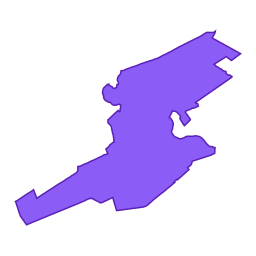 the district of Gradinari, Giurgiu, Romania
{"feature_id": "2599482B26302883103765", "entity_name": "Gradinari", "entity_type": "district", "adm_level": 2, "iso_a3": "ROU", "parent_name": "Romania", "parent_adm1": "Giurgiu", "projection": "albers", "projection_center": [25.804, 44.394], "detail": "fine", "context": "isolated", "style": "filled", "palette": "violet", "viewbox_px": 256, "rotation_deg": 0, "n_neighbors": 0, "source": "geoboundaries", "source_scale": "gbopen_adm2", "svg_char_len": 5783}
<svg xmlns="http://www.w3.org/2000/svg" viewBox="0 0 256 256"><path d="M26.6,224.8L31.7,222.6L48.5,215.7L77.8,203.7L84.6,200.8L85.9,200.1L89.7,198.3L89.9,198.6L90.9,198.6L91.9,198.3L92.9,198.9L94.6,199.9L99.1,202.1L99.7,202.5L100.2,202.8L101.2,202.8L101.8,202.7L112.7,197.5L116.6,210.6L143.4,207.0L146.4,205.9L148.4,204.4L153.9,199.4L155.8,197.9L162.0,192.9L163.9,191.6L169.9,186.4L170.0,186.4L174.6,182.5L173.9,182.2L174.9,181.2L176.9,179.3L177.4,179.8L178.2,179.2L179.7,177.8L180.4,177.2L181.1,176.8L182.9,175.0L188.9,169.6L188.3,168.5L187.6,167.5L188.6,166.9L190.2,165.6L190.8,165.1L191.1,164.7L191.3,164.3L191.6,163.8L191.8,163.2L191.9,162.7L191.9,162.3L192.0,161.7L192.0,161.3L208.3,156.0L210.6,155.3L212.5,154.4L214.0,153.6L214.8,153.1L214.9,147.7L215.0,147.7L214.9,147.5L214.3,147.7L213.9,147.5L213.2,147.0L212.5,146.7L211.1,146.5L210.2,146.5L209.4,146.3L208.4,145.5L207.4,144.3L206.7,143.9L205.5,142.3L204.1,140.5L203.7,139.9L203.1,139.4L202.5,138.8L201.8,138.1L200.7,137.2L199.5,136.6L198.0,136.2L196.9,136.0L195.8,135.8L191.9,136.3L191.2,136.3L188.8,136.2L187.8,136.3L187.1,136.3L186.4,136.4L185.7,136.6L185.2,137.1L184.2,137.7L182.9,138.1L181.9,138.5L180.7,138.7L180.3,138.9L179.9,138.9L178.6,138.4L176.9,137.5L176.6,137.4L176.0,137.2L175.7,137.2L174.3,136.3L173.5,135.3L172.7,134.4L172.3,133.9L171.9,133.1L171.6,132.3L171.7,130.9L171.9,130.2L172.3,129.4L172.6,128.3L172.7,127.0L173.1,125.6L173.2,123.5L172.9,122.3L172.3,120.7L171.7,119.9L171.3,119.2L170.8,118.5L170.2,118.0L169.8,117.7L169.2,117.6L172.6,110.8L173.2,111.0L174.2,111.2L175.6,111.5L176.2,111.8L176.5,112.0L176.9,112.2L177.2,112.5L177.5,112.9L178.0,113.5L178.4,113.8L178.8,114.2L179.7,115.0L180.1,115.4L180.2,115.9L180.3,116.2L180.2,116.4L180.3,116.7L180.4,116.9L180.4,117.1L180.3,117.4L180.0,117.9L179.9,118.1L179.8,118.3L179.9,118.6L180.5,119.7L181.3,121.0L182.4,122.8L183.0,123.8L183.2,124.0L183.4,124.3L183.6,124.6L184.0,125.2L184.4,125.7L186.6,123.6L187.6,122.7L188.1,122.1L188.4,121.9L189.0,121.1L190.1,120.1L190.3,119.9L190.4,119.7L190.1,118.9L188.8,117.1L187.0,114.5L186.4,113.7L186.1,113.3L185.3,112.0L185.3,111.8L185.4,111.7L185.5,111.5L186.0,111.2L186.3,111.0L186.7,110.7L187.0,110.5L187.6,110.3L188.1,110.1L189.1,109.8L190.2,109.4L191.1,108.9L192.0,108.3L193.7,108.2L197.0,106.8L198.3,106.2L198.2,105.7L198.0,104.8L197.9,104.4L197.6,103.7L197.3,103.6L196.7,103.4L196.2,103.3L195.9,103.2L195.7,103.1L195.4,102.8L195.3,102.6L196.6,101.7L231.7,77.3L232.0,76.5L231.0,76.0L229.9,75.0L228.8,75.1L228.0,75.0L226.6,73.9L226.0,73.0L226.1,72.2L226.1,71.9L225.9,71.6L225.5,71.3L224.7,71.1L224.4,71.2L223.8,71.0L222.8,70.6L222.5,70.1L221.6,69.2L221.0,68.9L220.3,68.8L219.8,68.6L218.9,67.7L218.2,67.3L217.7,67.1L216.8,66.6L216.0,66.0L215.0,65.0L214.0,64.3L226.3,56.6L231.4,60.5L240.6,53.7L212.2,38.0L214.9,33.1L215.3,31.2L213.7,32.4L209.3,32.4L206.7,32.4L206.0,32.8L205.2,33.3L203.4,34.4L202.4,35.1L201.8,35.5L200.6,36.2L190.7,41.1L183.3,44.8L182.6,45.2L179.1,46.9L177.7,47.7L176.2,48.5L175.8,48.7L173.9,49.8L171.8,51.0L170.8,51.6L168.6,52.6L167.9,53.0L167.6,53.3L167.3,53.5L167.1,53.3L166.9,53.4L166.6,53.7L166.1,54.0L163.7,55.0L162.7,55.5L160.6,56.6L159.9,57.0L159.1,57.6L158.8,57.7L158.3,57.8L157.4,58.3L156.7,58.5L155.8,58.8L155.1,59.0L152.6,60.0L151.9,60.2L151.7,60.3L151.1,60.5L150.0,60.8L148.4,61.3L147.7,61.6L147.0,61.8L146.4,62.0L144.0,62.8L140.9,63.8L139.6,64.4L136.8,65.5L135.2,66.1L131.7,67.2L127.9,68.6L126.4,69.1L125.7,69.4L125.0,69.7L124.3,70.3L123.9,70.4L122.6,70.6L121.9,70.7L121.1,70.7L120.7,72.7L120.4,74.2L119.0,75.4L117.6,77.7L117.3,80.1L118.1,81.8L118.4,82.4L118.3,84.5L117.0,84.6L116.6,86.5L116.5,87.6L115.7,87.8L114.8,88.2L113.6,88.5L113.4,88.5L113.1,88.2L112.7,87.5L112.2,86.9L111.5,86.4L110.4,86.0L109.6,85.5L108.9,85.4L108.9,84.1L107.5,84.4L105.6,86.1L103.6,88.1L103.5,88.3L103.4,88.6L103.1,89.1L102.6,92.2L102.5,92.5L102.5,93.0L102.8,93.7L103.0,94.2L103.4,95.7L103.6,96.3L103.7,97.4L103.8,97.9L103.9,98.3L104.1,98.9L104.4,99.3L105.1,100.2L105.5,100.5L105.9,100.8L106.3,101.1L108.6,102.2L109.2,102.3L110.1,102.4L110.4,102.5L110.6,102.7L111.4,103.6L111.8,104.1L112.7,104.7L113.2,105.0L113.5,105.1L114.5,105.3L115.3,105.2L115.9,105.1L116.3,105.0L117.3,104.8L117.7,104.7L118.5,104.2L118.8,104.1L119.0,104.1L119.8,104.7L120.0,104.7L120.3,104.9L120.6,105.1L120.7,105.3L120.9,105.3L120.7,106.3L120.5,107.3L120.0,110.5L120.1,111.2L119.4,111.7L118.1,110.4L117.8,110.7L116.9,111.5L114.3,113.9L110.4,117.6L109.9,118.1L109.0,119.0L107.8,120.0L108.0,120.9L108.0,121.5L107.9,122.6L109.0,123.9L109.8,124.6L110.8,125.8L111.2,126.3L111.6,128.4L112.1,131.0L113.0,134.5L113.1,134.9L113.3,135.5L113.4,136.3L113.4,136.8L113.5,137.3L113.7,138.4L113.7,139.2L113.8,139.9L114.2,142.0L113.4,142.1L111.7,143.5L110.9,144.1L110.0,144.8L109.5,145.5L109.4,145.7L108.5,146.8L107.5,147.8L106.6,148.3L106.0,148.9L105.9,149.0L107.5,153.2L107.9,153.7L107.2,154.1L105.1,154.6L103.1,155.2L101.9,156.2L99.4,157.3L93.6,160.1L91.4,160.9L90.1,161.6L87.2,163.1L85.3,163.7L80.3,166.1L80.0,166.3L79.3,166.4L78.9,166.2L77.8,166.6L77.9,167.6L77.9,167.9L77.9,168.3L77.7,169.6L77.7,170.1L77.7,170.5L77.8,170.7L77.4,171.5L76.5,172.6L75.8,173.1L74.1,174.2L73.5,174.7L72.2,175.3L70.9,176.3L70.3,176.7L69.0,177.6L68.5,177.9L67.9,178.1L65.3,179.9L62.3,181.9L59.3,183.6L57.0,185.1L56.0,185.7L55.5,186.0L54.5,186.8L54.0,187.1L51.8,188.5L51.1,189.0L49.0,190.2L47.0,191.5L46.0,192.2L45.2,192.8L41.9,194.8L40.4,196.0L38.6,197.0L37.4,197.8L36.8,198.3L36.5,197.4L35.1,193.8L34.8,193.1L34.1,191.2L33.6,189.7L30.8,191.7L27.8,193.5L27.1,193.9L26.3,194.5L23.7,196.2L20.3,198.5L16.7,200.9L15.8,201.2L15.6,201.3L15.4,201.5L15.6,201.7L15.7,201.9L16.1,203.0L16.4,204.1L16.8,205.2L18.1,209.3L18.9,211.9L19.7,214.2L19.9,214.6L20.3,215.5L20.7,216.4L21.2,217.2L22.6,219.2L25.4,223.1L26.6,224.8Z" fill="#8b5cf6" stroke="#5b21b6" stroke-width="1.5"/></svg>